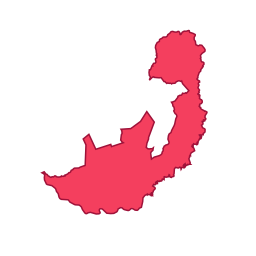 Jussara, Goiás, Brazil (Mercator projection), rotated 255°
{"feature_id": "56859067B37096608449564", "entity_name": "Jussara", "entity_type": "district", "adm_level": 2, "iso_a3": "BRA", "parent_name": "Brazil", "parent_adm1": "Goiás", "projection": "mercator", "projection_center": [-51.315, -15.527], "detail": "fine", "context": "isolated", "style": "filled", "palette": "rose", "viewbox_px": 256, "rotation_deg": 255, "n_neighbors": 0, "source": "geoboundaries", "source_scale": "gbopen_adm2", "svg_char_len": 5871}
<svg xmlns="http://www.w3.org/2000/svg" viewBox="0 0 256 256"><g transform="rotate(255 128 128)"><path d="M47.9,120.4L53.0,123.1L56.7,124.4L58.4,126.7L58.7,127.3L58.7,128.7L59.1,129.3L58.4,129.4L58.8,130.0L58.3,130.6L58.2,131.6L57.5,132.1L57.4,132.8L56.6,132.9L56.3,134.1L58.0,133.5L57.3,134.5L57.9,134.8L59.3,134.2L59.3,134.8L59.7,135.7L61.0,136.4L62.1,138.3L62.8,138.7L63.7,138.5L65.6,136.8L66.9,138.2L66.2,138.9L66.2,139.6L66.8,140.0L66.7,142.1L67.5,142.2L67.4,141.3L68.1,140.6L68.6,141.1L69.2,143.1L68.3,143.8L68.2,144.7L68.7,145.3L68.1,146.0L68.4,147.2L69.7,147.8L69.6,148.6L68.8,149.5L71.5,150.3L71.5,150.9L70.8,151.6L70.6,152.2L70.5,153.5L71.0,154.8L72.2,155.6L71.7,156.0L70.9,155.3L70.3,155.2L70.4,155.9L69.4,156.4L69.0,157.1L69.4,157.7L69.4,159.7L70.3,160.1L70.9,159.8L71.8,160.6L76.6,162.3L77.6,163.8L76.4,166.0L76.3,166.7L76.8,167.7L76.5,168.3L75.7,168.7L74.4,168.6L75.0,169.2L76.0,169.5L75.9,170.9L75.1,171.5L75.0,172.2L75.3,172.8L76.1,173.6L76.6,173.1L76.1,172.4L76.8,172.3L77.3,171.8L77.6,172.3L78.1,172.4L78.7,173.9L78.1,173.8L76.9,174.6L76.7,175.3L77.4,176.2L76.9,176.9L77.1,177.9L76.8,179.0L77.5,178.6L78.3,179.1L82.5,178.8L83.8,179.9L85.0,180.2L85.4,180.7L85.0,181.2L86.5,181.5L87.7,182.7L88.8,186.5L91.0,186.4L92.3,186.1L92.6,185.4L93.2,185.2L93.0,185.9L93.5,186.2L94.0,185.3L94.7,185.6L94.4,186.4L95.2,186.6L95.8,187.3L95.2,187.7L95.0,188.9L94.0,190.1L94.4,191.0L95.6,190.7L96.0,191.0L95.3,191.4L95.5,191.9L96.4,191.9L96.8,192.2L97.7,193.2L98.6,193.8L98.6,194.5L99.5,194.6L99.8,195.1L99.1,195.4L99.0,195.9L99.5,196.2L99.9,195.6L100.5,195.7L100.2,196.4L100.5,196.8L101.3,196.1L101.8,196.5L101.8,197.2L102.3,197.6L102.0,198.9L103.2,199.2L103.9,200.9L104.4,201.4L106.8,202.1L107.4,201.8L109.0,200.1L111.7,199.7L112.1,201.1L112.9,201.6L114.1,201.4L114.6,202.3L115.2,201.7L115.3,202.9L115.0,203.3L115.1,203.9L116.2,203.5L115.9,204.6L116.1,205.2L117.1,205.6L118.0,205.0L120.0,205.7L122.1,208.0L122.9,208.4L124.3,207.2L124.3,206.4L125.0,206.1L127.1,203.8L128.4,203.1L129.0,203.5L129.5,202.8L130.6,202.4L130.9,203.1L131.5,203.0L132.4,203.4L132.7,205.3L133.7,206.4L135.0,206.7L136.3,206.3L136.6,205.7L138.0,204.7L138.8,205.1L140.3,205.1L140.9,205.3L140.7,205.8L141.3,205.8L141.8,205.4L142.1,204.6L142.7,204.3L143.1,204.6L143.3,205.3L144.2,206.1L144.9,205.8L146.1,206.9L148.2,206.1L149.1,206.1L151.1,207.7L152.1,207.3L153.0,207.5L153.5,208.0L153.8,209.1L155.0,209.2L155.3,208.6L157.2,207.3L158.0,207.6L158.4,208.5L159.9,208.9L163.1,211.1L164.3,213.1L165.5,213.3L166.9,215.3L167.6,215.6L167.6,216.2L168.2,216.6L168.9,216.4L169.8,217.8L171.3,218.2L172.3,217.5L172.8,216.4L174.1,215.9L174.9,216.2L176.5,215.9L176.8,216.6L179.4,216.8L180.9,218.8L182.0,221.8L182.4,222.3L183.8,222.7L185.3,222.3L188.8,220.7L189.6,218.8L189.2,217.9L189.3,217.0L190.9,215.1L194.3,215.5L196.1,214.8L196.6,214.9L198.5,215.4L199.8,216.8L200.9,217.1L202.5,215.4L204.5,212.3L206.2,212.3L206.5,211.8L206.4,209.4L207.0,207.3L206.5,205.2L204.7,203.4L204.7,202.6L205.3,202.4L206.3,202.8L208.1,202.1L208.4,201.3L208.1,200.3L208.2,199.0L208.9,197.4L209.7,196.3L209.9,195.3L209.7,194.1L208.8,193.1L207.8,190.5L207.1,190.2L206.3,189.1L206.1,188.2L206.7,185.5L205.8,183.8L205.6,182.2L205.3,181.6L204.8,181.1L203.5,180.7L203.0,178.3L200.6,176.1L198.4,175.2L196.1,175.3L193.0,174.8L192.0,175.1L191.1,174.1L190.1,174.7L189.5,174.3L188.4,174.1L187.8,172.5L187.2,172.2L184.5,172.1L183.6,171.1L183.8,169.4L182.2,167.8L181.6,167.9L181.8,167.2L179.1,165.3L178.4,164.5L178.7,163.7L176.3,162.7L173.2,162.2L172.2,162.7L171.5,162.7L170.5,162.4L169.5,161.4L169.0,161.6L170.7,164.6L170.8,166.1L170.1,166.4L168.4,171.1L168.1,173.0L163.5,174.8L163.3,175.6L161.0,177.0L161.2,177.9L160.4,179.4L160.4,180.3L159.9,181.1L159.3,181.5L159.6,182.3L159.1,184.9L159.4,185.7L160.1,186.4L160.5,188.9L160.4,189.6L159.1,191.5L159.4,192.0L156.7,192.2L148.3,196.4L146.5,193.5L147.1,192.9L146.8,192.0L147.0,190.6L147.5,189.7L146.2,188.6L145.9,188.0L146.2,186.5L145.7,184.4L144.7,184.0L142.0,180.5L141.6,178.1L141.7,176.7L139.5,177.3L137.6,177.1L136.2,177.8L133.7,177.6L132.7,176.6L132.1,176.7L129.8,177.2L128.6,178.1L127.5,178.3L126.5,178.2L124.4,176.5L120.0,174.3L118.5,173.3L114.3,169.5L112.5,168.4L111.6,166.2L110.0,165.0L106.9,163.7L103.6,164.0L102.5,163.4L101.8,162.3L101.7,159.8L101.3,159.3L101.2,158.4L98.9,156.4L98.2,156.5L96.9,156.0L95.8,154.7L94.5,154.2L93.6,152.8L93.2,151.0L93.1,145.8L91.9,142.6L98.0,143.4L99.2,144.6L99.9,146.2L102.3,147.3L101.7,146.0L102.1,144.7L102.3,143.0L102.8,141.8L104.5,140.6L108.5,142.4L112.0,145.0L113.5,145.4L126.9,154.9L139.0,150.4L131.1,141.8L126.7,130.5L128.6,120.9L127.0,121.3L124.3,120.9L123.3,119.9L118.2,117.8L117.4,118.3L116.6,118.3L115.0,119.6L114.3,107.3L116.6,107.1L115.8,91.4L132.0,88.6L129.0,81.9L122.6,83.0L121.8,82.8L103.1,77.0L102.8,76.6L102.9,76.0L102.6,71.8L102.1,70.1L103.1,65.8L102.6,64.5L102.1,64.1L101.8,62.2L100.4,61.1L100.0,60.1L100.2,59.4L99.2,57.8L98.9,55.8L98.3,55.2L98.7,54.9L98.0,54.4L98.3,53.7L98.0,53.2L98.4,52.1L98.3,51.5L98.9,51.2L98.4,50.5L98.4,49.0L98.8,47.5L99.6,46.0L100.4,45.8L100.7,44.6L100.1,43.7L100.1,43.1L100.6,42.1L100.2,40.9L100.6,40.2L101.4,39.7L102.4,38.5L104.1,37.8L104.6,36.9L107.4,35.7L107.0,33.3L105.6,34.8L104.5,35.2L103.7,35.2L102.0,34.4L99.4,33.9L95.0,34.7L94.3,35.3L92.0,39.6L88.9,41.9L87.9,42.4L85.2,42.5L82.7,43.6L79.1,43.5L77.6,43.9L76.4,45.0L74.3,51.1L73.9,51.8L71.5,52.7L68.0,56.4L67.5,57.1L66.3,60.6L65.9,61.2L64.0,62.5L61.0,62.9L57.4,64.2L56.7,64.6L56.1,65.3L56.0,66.1L56.4,67.3L56.3,69.8L53.2,75.0L52.6,77.8L53.1,79.0L53.7,79.2L55.6,78.9L56.4,79.1L57.0,79.6L57.1,80.9L56.3,82.3L51.2,85.4L49.8,89.2L49.2,92.2L49.9,95.4L50.6,96.3L52.4,97.6L53.0,100.3L52.4,101.6L50.6,102.7L49.8,103.8L48.2,106.8L48.3,108.1L49.3,109.9L49.2,110.8L48.6,112.0L46.9,113.5L46.1,115.6L46.4,116.6L47.6,118.2L47.9,120.4ZM101.8,196.5L101.6,195.7L102.0,195.2L102.8,195.1L102.8,196.0L101.8,196.5Z" fill="#f43f5e" stroke="#9f1239" stroke-width="1.5"/></g></svg>